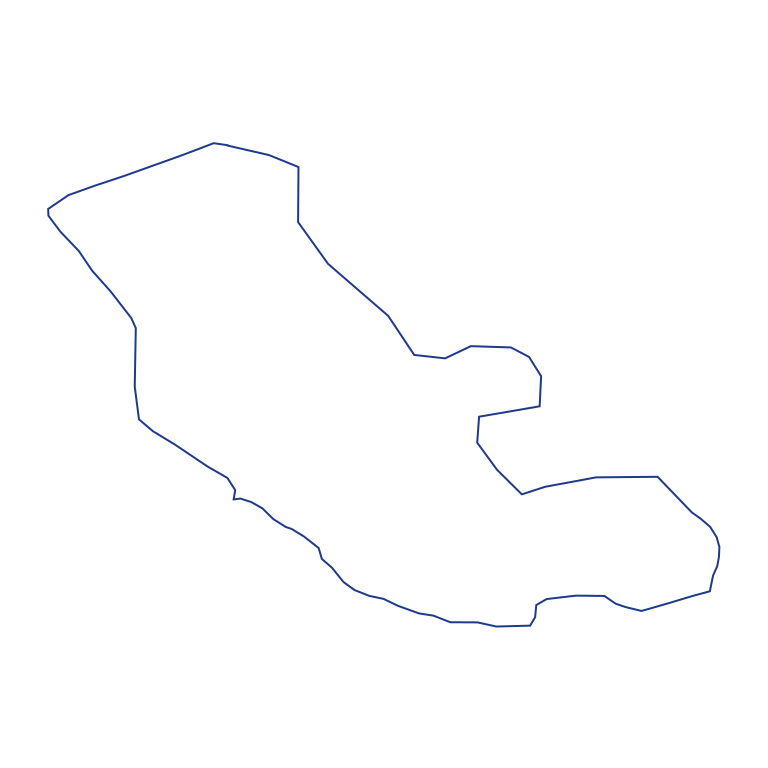 Salem, Stockholm, Sweden, rotated 178°
{"feature_id": "70781695B90671145668871", "entity_name": "Salem", "entity_type": "district", "adm_level": 2, "iso_a3": "SWE", "parent_name": "Sweden", "parent_adm1": "Stockholm", "projection": "natural_earth1", "projection_center": [17.685, 59.231], "detail": "fine", "context": "isolated", "style": "outline", "palette": "blue", "viewbox_px": 768, "rotation_deg": 178, "n_neighbors": 0, "source": "geoboundaries", "source_scale": "gbopen_adm2", "svg_char_len": 1175}
<svg xmlns="http://www.w3.org/2000/svg" viewBox="0 0 768 768"><g transform="rotate(178 384 384)"><path d="M531.9,628.1L545.8,630.6L578.1,619.6L636.5,601.0L666.7,592.1L692.7,583.8L713.5,570.7L713.5,563.9L702.0,547.4L684.3,527.5L671.8,507.5L654.1,486.2L634.3,458.8L630.1,448.5L633.2,390.1L630.1,357.2L616.6,344.9L594.7,330.5L563.4,307.8L543.7,295.5L536.4,283.1L538.3,273.9L531.5,274.5L520.9,270.7L509.9,264.0L499.3,252.8L487.1,244.5L481.4,242.4L469.2,234.3L455.0,222.3L452.2,211.3L442.4,202.2L431.4,187.5L420.8,179.2L406.2,172.8L392.0,169.3L377.7,161.8L357.0,153.5L342.8,150.8L326.1,143.6L298.9,142.5L280.2,137.7L246.4,137.4L241.1,145.7L239.5,157.8L228.9,163.4L199.7,165.8L171.2,164.5L160.2,156.4L150.5,152.7L134.6,148.2L120.8,151.6L105.7,155.4L83.4,161.3L65.5,165.5L64.3,170.9L61.8,181.1L57.3,190.4L55.3,199.5L54.5,209.4L56.9,219.3L63.0,229.8L72.0,238.1L80.9,245.0L113.8,281.7L175.3,283.3L226.4,275.7L250.1,268.9L274.0,294.3L292.9,322.1L290.1,348.0L229.2,356.3L226.7,386.3L238.1,406.0L255.9,416.1L295.9,418.8L322.0,407.5L352.8,412.0L377.4,451.9L435.7,506.0L464.2,548.8L461.9,603.8L491.0,616.8L531.9,627.7L531.9,628.1Z" fill="none" stroke="#1e3a8a" stroke-width="2"/></g></svg>